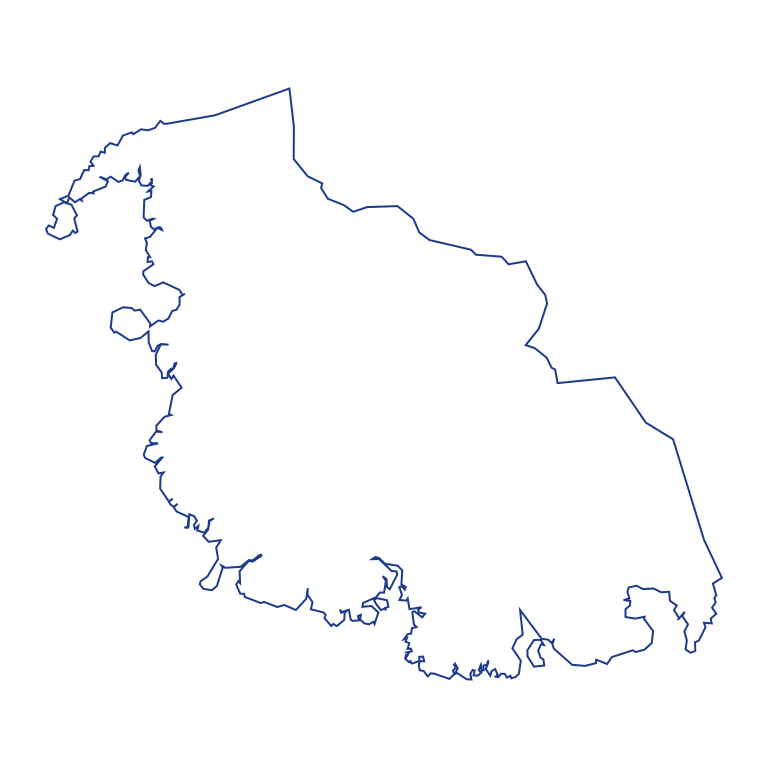 Kitti, Pohnpei, Federated States of Micronesia
{"feature_id": "79324940B78649033113369", "entity_name": "Kitti", "entity_type": "district", "adm_level": 2, "iso_a3": "FSM", "parent_name": "Federated States of Micronesia", "parent_adm1": "Pohnpei", "projection": "mercator", "projection_center": [158.19, 6.848], "detail": "fine", "context": "isolated", "style": "outline", "palette": "blue", "viewbox_px": 768, "rotation_deg": 0, "n_neighbors": 0, "source": "geoboundaries", "source_scale": "gbopen_adm2", "svg_char_len": 6088}
<svg xmlns="http://www.w3.org/2000/svg" viewBox="0 0 768 768"><path d="M74.5,180.7L68.5,195.6L60.0,199.1L64.7,201.9L55.6,206.1L53.1,214.9L57.1,218.8L53.9,227.8L48.7,225.5L46.1,228.9L47.8,233.6L59.8,239.3L69.8,235.1L72.8,230.6L75.4,233.0L77.5,231.5L74.2,218.3L77.0,215.4L71.4,204.6L65.6,203.1L65.2,202.3L67.7,202.1L69.2,197.3L75.0,202.3L79.8,199.1L81.8,200.5L81.3,198.6L89.2,192.9L93.6,193.3L93.1,191.5L105.6,186.6L108.0,181.3L99.5,176.7L106.5,179.3L110.7,176.7L118.5,181.9L122.6,180.4L125.4,175.1L128.8,172.6L124.9,177.4L126.2,179.9L135.2,181.7L140.1,176.0L138.4,170.5L139.8,167.1L140.7,174.8L138.9,180.8L141.4,185.4L147.6,185.9L149.8,183.5L151.6,182.5L151.2,179.1L151.9,179.1L151.9,183.2L149.7,184.7L153.6,186.5L147.9,191.5L151.4,191.1L151.0,197.1L144.3,199.9L143.6,217.4L147.0,220.8L152.5,218.6L153.7,218.9L149.7,220.7L150.9,226.7L153.8,229.3L158.8,227.1L160.4,227.5L161.3,228.2L162.0,230.0L157.4,227.8L149.9,237.0L145.0,238.4L146.9,242.7L145.8,250.1L150.1,257.1L147.9,257.2L147.5,262.0L151.9,261.3L153.4,264.3L143.4,271.2L143.2,274.7L148.6,283.0L154.6,286.1L163.3,282.4L179.2,289.8L182.5,294.9L184.9,293.9L179.5,297.1L179.6,304.7L176.5,309.7L172.2,311.0L168.4,318.5L163.1,321.7L158.2,320.5L150.1,326.5L150.4,323.6L140.2,309.7L134.6,310.6L131.5,308.0L123.1,307.3L112.4,312.4L110.7,327.7L114.3,332.7L116.1,331.7L129.8,340.4L140.5,338.0L148.5,331.4L148.7,342.4L152.0,351.0L154.7,351.4L157.7,345.7L161.3,344.0L168.6,344.7L160.8,344.4L155.8,354.9L156.1,364.8L161.6,372.3L162.2,378.2L166.9,377.9L167.7,377.0L167.6,373.7L168.5,371.0L170.9,369.0L173.6,368.0L174.5,363.7L176.0,362.8L176.4,363.4L173.8,368.4L168.1,373.7L171.3,379.0L173.5,375.6L181.6,387.7L172.6,395.1L168.9,414.0L171.2,415.0L164.5,416.8L156.4,425.7L156.4,430.6L162.5,432.2L156.2,431.5L149.5,440.3L151.1,443.2L158.1,443.3L146.9,446.0L143.7,454.8L145.2,458.0L154.9,462.8L161.0,457.7L161.7,457.4L162.4,457.5L154.7,466.4L158.5,473.4L163.6,472.5L160.6,476.4L160.1,488.6L168.9,501.5L171.4,499.5L172.8,498.7L168.8,501.7L170.7,504.7L173.7,506.8L177.7,503.8L173.7,507.1L176.6,511.5L188.8,517.1L187.5,527.0L184.3,527.5L187.9,527.8L188.5,526.7L189.4,514.3L194.3,516.3L196.9,520.7L193.9,525.2L194.9,528.8L198.3,526.0L197.2,530.5L204.3,532.7L208.3,527.6L209.0,520.6L214.0,518.3L209.6,520.9L208.1,529.7L203.1,535.9L208.7,541.8L220.8,540.2L216.2,547.6L218.1,558.9L207.4,576.5L200.6,581.3L199.8,584.3L203.5,588.9L211.9,590.2L216.9,586.0L222.7,567.6L221.6,565.6L225.3,567.8L240.7,566.8L248.9,560.1L252.7,560.4L259.3,555.2L260.6,556.0L261.1,554.0L261.4,555.7L252.7,561.6L248.6,561.0L239.6,571.3L240.1,583.2L238.3,581.2L236.2,584.5L240.2,593.7L244.1,593.8L244.7,596.9L260.6,603.0L264.1,602.0L277.4,607.0L284.2,605.0L295.9,610.0L306.3,598.7L307.8,588.2L307.5,594.7L312.5,602.1L310.9,609.3L323.0,612.3L325.6,614.6L324.6,618.2L331.2,626.0L333.1,623.9L336.8,626.1L344.3,619.9L344.6,612.9L347.0,610.8L341.0,612.7L340.0,609.6L341.8,612.0L348.9,609.7L350.7,619.8L352.7,620.9L358.8,620.4L358.0,616.0L360.8,614.8L360.1,619.5L364.2,623.3L369.0,624.3L373.6,621.7L374.5,624.0L378.4,612.5L371.4,606.0L362.4,606.8L363.1,603.0L376.2,597.1L379.8,592.6L384.1,592.6L385.9,580.8L382.7,576.2L386.5,579.1L387.0,587.1L389.7,589.3L397.3,574.5L396.5,571.4L391.6,571.0L379.0,559.0L372.0,559.2L375.4,557.0L379.0,558.0L385.0,563.8L397.7,565.7L402.3,570.4L401.4,584.5L405.9,587.1L404.7,589.6L402.1,586.5L399.3,587.1L402.0,594.9L399.4,600.0L406.4,600.6L407.7,598.5L409.5,609.2L421.4,607.2L418.1,609.8L418.7,612.4L425.1,613.7L422.2,617.4L414.4,611.2L412.3,612.2L413.9,624.5L416.6,627.0L412.0,628.1L411.1,633.6L407.7,634.1L404.0,639.2L406.9,638.0L405.5,641.7L409.3,643.1L407.6,648.9L410.9,648.6L411.8,651.4L407.2,652.3L408.8,652.9L406.6,656.8L406.3,653.8L405.2,658.8L408.9,662.0L411.1,660.5L410.0,662.1L412.3,663.5L419.4,660.9L419.2,656.8L423.1,656.6L424.2,661.2L419.6,661.3L418.8,666.1L419.9,670.3L423.8,671.1L427.7,676.4L430.7,673.3L434.1,673.6L449.4,678.9L454.5,673.9L452.9,670.7L456.2,667.3L454.0,665.0L455.0,663.6L457.7,668.3L454.9,674.1L457.0,673.0L466.8,679.3L471.4,679.5L470.3,673.9L472.6,669.9L474.7,670.5L473.6,675.4L477.5,675.7L481.2,672.8L478.7,670.1L480.8,665.0L481.6,670.8L483.7,670.3L483.4,665.6L487.0,664.7L488.2,660.3L488.2,663.1L485.8,669.0L490.2,675.7L491.6,671.1L495.2,669.0L497.6,674.7L495.6,676.6L498.2,677.1L501.1,673.7L504.8,673.9L507.0,677.6L510.4,675.8L511.4,678.3L515.3,677.1L518.8,674.0L520.8,660.7L512.4,648.4L516.6,639.2L522.7,634.7L520.1,610.0L541.6,638.7L548.4,639.8L551.6,643.0L554.3,638.7L552.4,644.1L553.8,648.6L572.1,664.8L585.1,665.9L596.0,663.1L596.1,659.7L607.1,664.0L611.8,657.1L632.7,650.3L635.7,652.0L644.4,649.7L651.7,643.1L653.1,631.0L644.0,618.8L644.6,616.7L635.2,618.6L625.5,617.0L625.5,609.2L630.0,605.5L630.3,601.0L623.6,600.1L629.4,598.4L627.4,591.7L628.7,587.5L636.6,585.7L642.9,589.1L653.6,588.5L661.2,592.3L669.1,591.8L670.0,600.8L676.8,605.5L674.0,610.1L678.9,617.9L677.8,620.0L684.7,611.8L682.3,616.1L688.0,624.4L684.4,631.5L686.8,640.2L685.6,649.4L690.5,652.7L695.3,651.0L695.0,642.3L698.8,640.6L705.5,627.3L703.9,622.7L711.7,623.4L710.7,618.6L716.3,613.8L712.1,607.7L715.7,602.3L714.4,598.2L716.3,595.2L712.9,583.5L721.9,577.9L704.0,539.8L673.1,439.3L645.8,422.6L615.0,377.4L557.6,383.1L555.1,369.4L551.7,367.9L546.7,357.7L534.7,348.1L525.7,345.1L538.8,328.8L547.1,303.4L545.2,294.8L537.1,284.6L525.9,261.3L508.6,264.3L501.6,256.7L476.0,254.7L470.9,249.7L429.6,240.1L419.3,232.5L413.4,218.8L397.5,206.1L367.1,207.1L353.2,211.8L344.0,205.2L327.8,198.7L321.1,188.0L322.2,183.4L307.7,176.3L293.7,159.0L293.9,126.5L289.4,88.5L214.9,115.3L168.2,123.5L164.2,123.9L160.3,120.9L155.0,127.9L148.1,130.3L141.1,129.3L133.2,134.2L131.7,132.4L123.0,135.5L117.5,145.5L110.1,143.1L105.0,147.8L104.8,152.8L100.7,151.6L98.5,156.4L93.6,156.4L90.5,161.6L93.5,165.8L89.3,166.2L88.7,170.2L84.2,170.1L80.1,179.0L74.5,180.7ZM543.9,645.0L540.8,639.9L534.0,640.0L527.4,650.3L527.5,656.3L534.0,666.6L544.2,665.5L543.5,659.6L540.4,657.4L538.2,650.6L541.2,644.2L543.9,645.0ZM376.8,598.2L374.0,600.0L376.0,603.8L380.8,610.0L384.7,608.6L385.9,610.3L385.3,607.8L388.4,606.9L387.0,600.2L376.8,598.2Z" fill="none" stroke="#1e3a8a" stroke-width="2"/></svg>